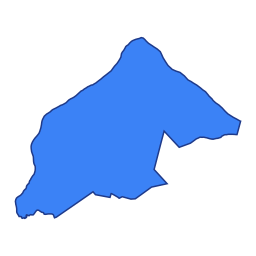 Au Tabor, Anse-la-Raye, Saint Lucia (Robinson projection)
{"feature_id": "8701671B26894832040288", "entity_name": "Au Tabor", "entity_type": "district", "adm_level": 2, "iso_a3": "LCA", "parent_name": "Saint Lucia", "parent_adm1": "Anse-la-Raye", "projection": "robinson", "projection_center": [-61.042, 13.946], "detail": "fine", "context": "isolated", "style": "filled", "palette": "blue", "viewbox_px": 256, "rotation_deg": 0, "n_neighbors": 0, "source": "geoboundaries", "source_scale": "gbopen_adm2", "svg_char_len": 3449}
<svg xmlns="http://www.w3.org/2000/svg" viewBox="0 0 256 256"><path d="M167.1,183.7L154.1,169.5L160.9,143.2L164.1,131.1L179.2,147.3L190.4,143.2L192.8,141.5L196.4,138.8L198.2,138.1L199.1,137.6L200.0,137.2L200.7,137.2L202.1,137.3L203.2,137.2L203.7,137.2L206.1,137.7L206.8,137.8L207.7,138.1L209.7,138.7L211.9,139.1L212.5,139.1L213.1,139.2L216.1,138.5L217.4,138.3L217.9,138.3L218.4,138.1L219.7,137.7L220.8,137.4L221.7,136.3L222.8,135.7L223.5,135.3L223.9,135.1L224.8,134.7L226.5,134.7L228.4,134.3L232.2,134.3L234.3,134.4L236.3,134.6L237.0,134.6L237.5,132.8L240.6,121.2L240.2,121.1L236.3,118.9L233.4,117.4L230.4,115.5L227.9,113.9L225.3,111.4L223.9,109.9L222.3,108.1L219.0,105.1L215.6,102.8L213.1,100.5L212.0,98.9L209.5,96.5L209.2,96.3L208.0,94.7L205.5,91.7L202.7,89.8L200.6,88.0L196.8,85.1L193.4,83.1L191.0,81.5L188.3,80.1L187.7,79.6L184.4,75.9L180.0,72.4L176.0,71.1L172.2,69.4L168.0,65.5L165.5,61.7L163.1,57.8L161.3,53.8L160.9,53.0L160.3,51.7L157.2,49.0L153.3,46.5L152.8,46.1L148.5,43.3L146.3,41.2L145.0,39.7L143.3,38.1L141.2,37.6L139.5,38.4L136.3,39.2L135.9,39.3L134.6,39.8L134.4,39.9L133.1,40.4L131.5,41.3L129.8,42.9L128.2,44.8L126.5,45.9L125.7,46.7L125.3,47.6L124.1,49.7L123.7,50.4L122.4,52.0L121.5,53.6L120.9,57.1L119.9,59.0L118.5,61.3L117.0,63.5L114.5,66.2L112.6,68.8L111.2,70.8L106.8,74.3L103.4,76.9L101.0,79.0L98.6,80.8L96.3,82.6L96.0,82.9L94.0,84.0L92.7,84.9L91.2,85.1L88.9,86.3L87.7,86.8L86.2,87.9L85.6,88.2L84.0,89.2L82.7,90.3L81.0,91.1L78.6,93.3L76.1,95.6L73.9,97.2L72.1,98.2L70.9,98.7L68.8,100.0L67.2,101.6L66.0,102.8L62.6,104.7L60.3,105.5L59.4,106.2L59.1,106.3L58.9,106.4L56.0,108.0L53.1,109.4L51.3,110.6L50.8,111.4L48.4,113.0L46.7,114.0L44.8,115.7L44.2,116.3L43.4,117.9L42.7,119.2L42.1,120.8L41.8,122.1L41.7,122.7L41.5,124.5L40.9,127.7L39.9,131.0L39.0,133.3L37.2,135.6L34.9,138.2L33.5,140.2L32.4,142.1L31.5,144.3L31.2,145.7L31.1,146.7L31.2,148.7L31.6,151.4L31.6,151.6L32.7,154.8L33.2,156.1L33.4,157.6L33.5,159.9L33.6,161.6L33.8,162.9L34.1,164.0L34.7,165.2L35.2,166.4L35.3,168.6L35.1,170.9L34.6,172.6L34.0,174.4L32.9,175.6L32.0,176.9L30.8,178.9L30.6,179.6L29.7,180.7L29.4,181.6L29.1,182.7L29.0,183.3L27.7,184.4L26.7,185.8L26.4,186.8L26.4,187.4L26.2,188.0L25.7,189.0L25.0,189.4L24.2,190.3L23.6,191.0L23.0,192.3L22.7,193.0L21.9,193.8L21.4,194.5L20.1,195.6L19.0,196.2L17.9,196.9L17.4,197.3L16.5,198.1L15.8,199.6L15.4,201.3L15.8,204.3L16.4,206.8L16.7,208.9L16.7,211.5L16.9,212.7L17.5,213.8L18.4,215.2L19.1,216.5L19.8,216.5L20.6,216.6L20.9,216.5L21.2,216.6L21.5,216.8L21.6,217.1L21.6,217.6L21.7,217.9L22.4,218.3L23.4,217.9L23.7,217.9L24.3,218.2L24.7,218.4L25.1,218.3L25.2,218.1L25.1,217.5L25.3,217.2L25.7,217.3L26.1,217.6L26.5,217.2L26.8,216.5L26.6,216.1L26.3,215.7L26.2,215.3L26.5,214.9L26.9,214.9L27.4,215.1L27.9,215.3L28.2,215.4L28.5,215.6L29.1,215.7L29.3,215.4L30.0,215.0L30.4,214.8L30.7,214.6L31.3,214.7L31.5,214.8L32.0,215.0L32.6,214.8L33.3,214.8L34.0,213.9L34.2,213.7L35.3,212.1L35.6,211.7L36.3,210.8L36.6,210.6L37.1,210.1L38.1,210.2L38.8,210.3L39.9,211.1L40.3,211.4L40.8,211.7L41.8,212.3L43.4,212.6L43.9,213.4L43.9,213.8L44.3,214.2L45.3,214.3L45.6,214.3L48.4,213.9L49.0,213.9L51.3,213.9L52.6,214.2L53.4,214.8L53.8,215.9L54.1,216.7L54.2,217.1L54.5,217.8L56.4,217.1L93.0,191.8L95.5,194.7L110.0,197.4L110.8,194.8L111.1,193.6L111.5,193.6L114.3,195.1L117.9,197.2L119.1,198.2L119.4,198.2L119.9,197.9L122.2,196.7L130.9,199.1L135.3,198.8L140.3,195.2L140.6,195.0L151.5,187.1L167.1,183.7Z" fill="#3b82f6" stroke="#1e3a8a" stroke-width="1.5"/></svg>